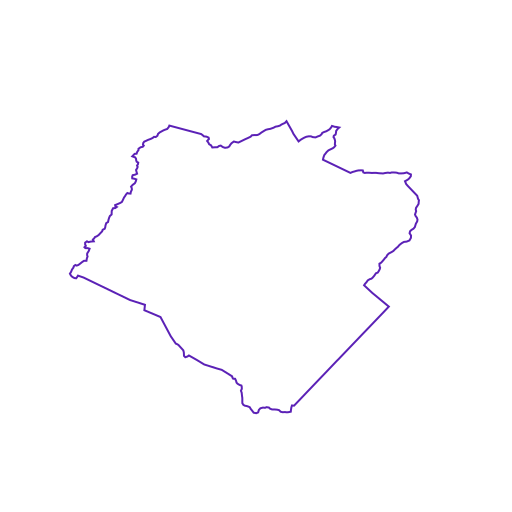 Ipirá, Bahia, Brazil (Equal Earth projection), rotated 64°
{"feature_id": "56859067B36426847002914", "entity_name": "Ipirá", "entity_type": "district", "adm_level": 2, "iso_a3": "BRA", "parent_name": "Brazil", "parent_adm1": "Bahia", "projection": "equal_earth", "projection_center": [-39.836, -12.21], "detail": "fine", "context": "isolated", "style": "outline", "palette": "violet", "viewbox_px": 512, "rotation_deg": 64, "n_neighbors": 0, "source": "geoboundaries", "source_scale": "gbopen_adm2", "svg_char_len": 4929}
<svg xmlns="http://www.w3.org/2000/svg" viewBox="0 0 512 512"><g transform="rotate(64 256 256)"><path d="M144.4,224.6L143.4,225.7L143.9,228.6L144.8,230.5L145.8,232.0L146.0,233.9L145.2,236.4L143.5,238.1L141.3,239.3L140.9,241.0L141.3,243.0L140.3,245.2L139.3,247.7L136.8,247.9L135.0,249.1L133.1,249.1L131.2,249.5L130.2,247.0L128.8,246.7L127.0,248.2L125.6,250.4L124.2,250.9L122.4,251.8L100.8,276.7L101.8,277.8L102.9,280.1L102.6,282.4L102.5,284.2L102.6,286.1L102.7,288.3L103.3,290.5L104.7,291.9L105.1,294.0L104.2,295.4L104.6,297.2L104.6,299.4L104.3,302.1L104.3,304.6L104.2,306.3L105.0,307.8L106.4,308.8L107.6,308.5L108.2,309.9L107.7,312.1L108.1,314.6L109.3,315.2L110.4,317.2L111.7,318.5L111.0,320.3L112.2,323.5L113.3,322.5L114.3,321.4L115.9,321.2L117.7,321.8L119.0,321.9L120.4,320.9L121.7,321.8L122.6,323.3L124.0,323.3L125.0,324.3L126.1,326.1L128.0,326.5L129.9,326.8L129.9,329.0L129.3,331.4L130.5,332.6L132.0,333.2L133.2,331.5L134.7,330.0L136.3,331.4L137.5,333.0L138.0,335.7L138.9,337.9L140.5,337.9L142.0,338.5L143.4,340.3L144.9,341.4L144.1,342.9L143.0,344.0L143.8,346.0L144.7,347.3L145.6,349.0L147.3,351.1L148.6,352.8L148.8,354.6L148.7,357.1L148.5,360.3L149.7,360.6L150.9,359.7L151.2,361.6L150.4,363.5L152.2,365.9L153.9,366.8L155.4,367.6L156.0,369.8L157.3,371.3L158.8,372.7L160.6,374.1L160.8,376.2L162.6,377.9L164.2,379.0L165.2,380.1L165.2,382.3L166.4,383.5L167.3,386.0L168.2,388.3L168.5,390.5L168.4,392.5L169.2,393.7L169.7,395.4L171.7,395.4L170.6,398.2L170.1,400.5L168.7,401.5L169.1,403.7L170.7,404.5L172.3,404.5L172.9,406.3L174.1,405.9L175.1,403.9L176.5,402.4L178.1,404.0L179.7,406.6L181.1,407.4L182.6,407.6L183.9,409.0L186.0,410.5L184.9,412.8L185.3,415.3L185.8,417.5L186.2,419.6L186.0,421.4L184.9,422.3L185.3,424.2L186.4,425.2L187.5,427.3L189.3,429.3L190.3,431.0L192.2,430.9L193.5,430.6L194.8,429.9L196.2,428.9L197.2,427.4L196.5,426.0L195.6,424.6L199.8,420.4L240.4,388.5L251.2,377.2L255.8,380.1L269.0,368.6L290.8,367.8L299.6,366.5L300.7,365.5L302.0,364.7L303.4,364.3L304.8,363.9L306.8,363.3L308.9,362.7L310.9,363.1L312.6,363.8L314.2,364.5L316.0,363.9L316.3,361.6L316.0,359.9L323.6,354.7L330.8,350.1L340.0,340.4L343.3,336.7L353.7,330.2L354.9,330.5L356.3,330.3L357.2,328.6L358.4,328.6L359.9,328.7L361.2,329.0L362.4,328.7L363.5,328.1L364.9,327.1L366.0,325.9L367.2,326.1L369.2,327.0L370.5,328.6L372.6,328.8L374.5,329.5L375.9,330.0L377.5,330.5L379.0,331.2L380.6,332.0L382.3,332.8L384.3,332.6L385.7,331.6L386.8,330.1L388.1,328.8L389.2,327.9L391.1,327.8L392.7,327.4L394.2,327.1L395.8,326.8L397.4,324.7L397.5,322.6L395.6,320.9L394.8,318.8L395.3,316.2L396.4,314.4L396.5,312.8L397.9,310.8L399.4,310.3L400.9,308.9L402.3,306.2L403.3,304.5L404.6,302.9L406.8,302.1L408.1,300.5L409.0,298.3L409.8,297.2L410.5,295.6L411.2,293.0L409.3,291.8L407.6,290.6L406.1,289.2L407.2,287.4L400.5,269.4L399.7,267.2L389.5,239.6L385.6,229.1L384.8,226.7L384.0,224.6L372.6,193.7L362.0,164.9L359.7,158.8L340.1,167.7L329.7,171.7L328.8,170.2L328.0,168.2L326.9,166.2L326.7,163.9L327.0,162.2L326.6,160.7L325.6,158.4L324.1,155.8L324.3,153.9L323.5,152.5L322.2,150.7L321.0,149.6L319.1,149.4L317.0,148.4L316.9,146.6L316.3,145.0L315.1,142.3L314.4,141.0L314.0,139.3L312.8,137.8L312.0,135.7L311.9,132.4L311.7,130.3L311.0,128.5L310.3,126.1L309.9,124.3L309.2,122.9L308.7,121.2L308.3,119.0L308.2,116.8L309.1,114.3L309.3,111.3L307.6,108.8L305.6,107.7L304.4,107.8L302.9,108.0L301.3,106.7L300.7,104.8L300.5,102.5L299.6,100.5L298.5,99.5L297.0,98.1L295.6,96.0L294.1,94.9L292.0,94.6L290.1,95.0L288.4,94.9L287.0,93.5L285.9,92.4L284.3,92.1L282.9,91.1L281.7,89.0L280.4,87.0L278.8,86.1L277.3,85.1L275.7,85.3L272.5,84.7L259.4,88.9L257.1,89.5L254.1,89.3L254.0,87.2L253.8,85.5L253.3,84.0L252.2,81.9L250.6,81.0L248.8,82.6L247.0,83.8L246.7,85.6L246.3,87.2L245.2,89.8L244.3,91.5L242.9,92.9L242.0,94.3L241.2,95.8L240.4,97.4L240.1,99.1L238.9,100.9L238.0,103.6L237.5,105.7L236.6,107.2L235.8,108.7L234.8,110.3L233.8,111.8L233.0,113.5L232.2,115.4L231.0,117.4L229.7,119.9L229.0,121.9L227.9,122.9L225.9,122.5L225.0,124.1L224.0,126.4L223.5,128.3L223.2,130.3L222.8,132.4L222.7,134.7L198.8,153.6L197.5,152.6L196.3,151.5L195.1,150.2L194.5,148.8L193.6,147.1L192.8,144.6L192.8,142.1L192.8,139.7L192.5,138.1L191.6,136.2L190.3,136.2L188.9,135.4L187.8,134.7L186.6,134.3L184.7,134.0L183.1,134.2L182.0,133.3L181.7,131.2L180.3,130.1L178.7,129.1L177.6,127.0L177.0,124.9L175.3,127.1L174.4,128.6L173.3,129.7L172.4,130.7L173.4,132.1L174.4,134.4L174.6,136.5L174.7,138.2L174.4,140.5L174.4,142.5L175.3,143.7L175.9,145.8L175.6,148.0L175.5,150.5L174.0,152.9L172.5,154.2L171.5,156.3L170.9,158.5L170.8,160.6L170.9,162.7L171.1,164.9L171.7,167.5L162.7,168.8L159.4,168.8L148.2,169.5L149.1,171.8L149.0,173.8L149.0,175.6L149.3,177.3L149.0,179.3L148.3,181.8L148.4,184.0L148.0,187.4L147.3,189.8L146.9,191.9L147.1,194.2L147.4,197.1L147.9,199.5L147.9,201.4L147.4,202.9L146.6,204.4L145.7,206.8L146.4,208.5L146.4,211.7L146.3,214.3L146.3,216.4L146.3,218.9L146.3,222.1L144.4,224.6Z" fill="none" stroke="#5b21b6" stroke-width="2"/></g></svg>